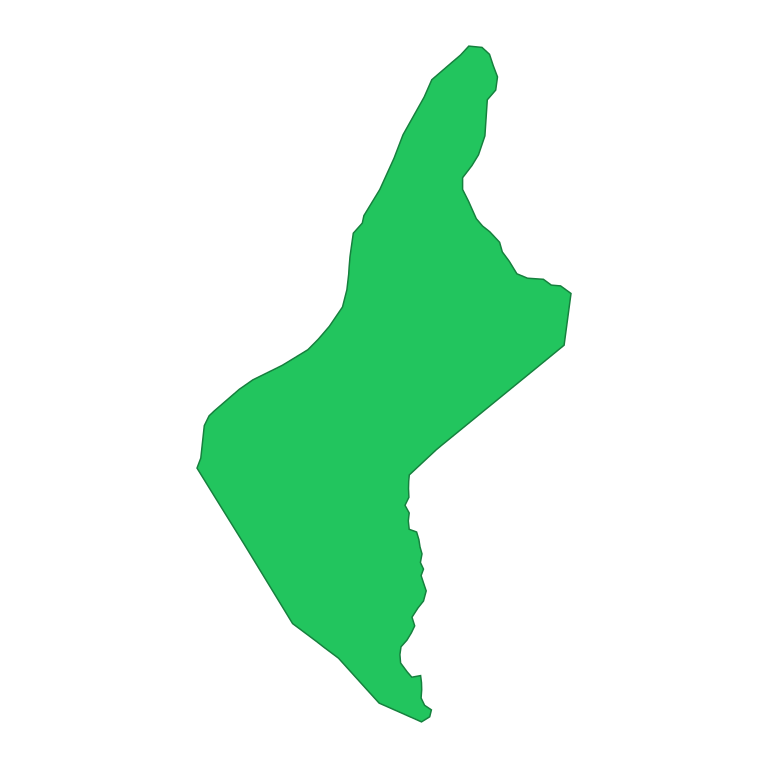 Porto, Piauí, Brazil (Mercator projection)
{"feature_id": "56859067B55795735000748", "entity_name": "Porto", "entity_type": "district", "adm_level": 2, "iso_a3": "BRA", "parent_name": "Brazil", "parent_adm1": "Piauí", "projection": "mercator", "projection_center": [-42.697, -3.945], "detail": "fine", "context": "isolated", "style": "filled", "palette": "green", "viewbox_px": 768, "rotation_deg": 0, "n_neighbors": 0, "source": "geoboundaries", "source_scale": "gbopen_adm2", "svg_char_len": 1333}
<svg xmlns="http://www.w3.org/2000/svg" viewBox="0 0 768 768"><path d="M350.9,250.1L350.0,256.7L349.1,267.6L348.7,274.2L346.9,289.7L342.5,307.0L329.3,326.4L318.2,339.3L307.9,349.7L282.3,365.3L252.9,379.8L239.4,389.2L214.6,410.6L209.1,415.8L204.3,425.6L200.8,458.1L197.0,468.1L215.3,497.7L244.3,544.4L292.6,623.6L316.0,641.1L324.6,647.8L338.5,658.2L366.3,689.0L379.1,703.1L421.5,721.9L429.7,716.8L431.4,709.9L424.6,705.3L421.1,698.0L421.7,689.8L421.5,682.7L420.6,675.6L411.8,677.2L407.2,671.9L400.6,663.0L399.9,654.6L401.0,646.8L406.9,640.2L411.4,632.8L414.7,625.9L412.0,617.2L418.0,607.9L423.5,601.0L426.2,590.9L423.5,582.9L421.1,575.6L423.5,569.1L420.4,562.5L422.0,553.9L420.0,546.9L418.9,539.7L416.6,532.0L409.2,529.3L408.3,520.9L409.2,513.0L405.0,505.3L408.9,497.3L408.5,488.6L408.7,481.3L409.3,474.9L436.1,449.9L441.1,445.7L539.2,365.6L564.1,345.2L571.0,293.5L560.6,285.9L551.3,285.1L543.4,279.3L527.5,278.2L516.9,273.8L509.2,261.2L502.3,251.9L499.6,242.3L489.8,231.8L482.5,226.0L476.3,218.7L468.5,201.2L462.6,189.5L462.6,177.7L471.9,165.6L478.5,154.8L484.9,135.9L487.3,99.8L495.7,90.1L497.5,76.9L493.3,65.8L489.5,54.3L482.0,47.4L468.8,46.1L460.5,55.1L452.0,62.3L431.8,79.7L424.2,97.0L403.0,134.8L394.0,158.3L379.8,189.5L363.9,215.6L362.3,223.1L353.3,233.2L350.9,250.1Z" fill="#22c55e" stroke="#15803d" stroke-width="1.5"/></svg>